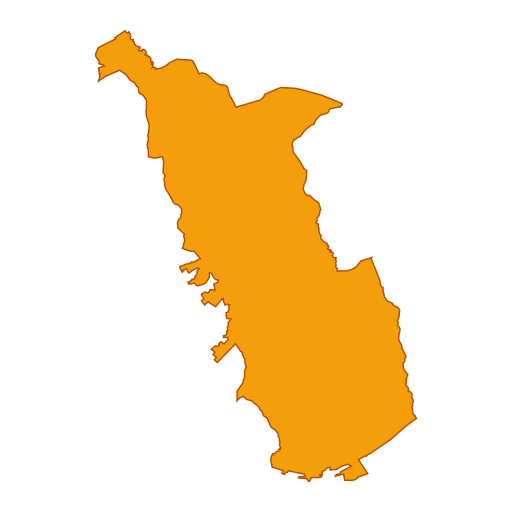 the district of Bulzesti, Dolj, Romania
{"feature_id": "2599482B75333597382739", "entity_name": "Bulzesti", "entity_type": "district", "adm_level": 2, "iso_a3": "ROU", "parent_name": "Romania", "parent_adm1": "Dolj", "projection": "natural_earth1", "projection_center": [23.863, 44.579], "detail": "fine", "context": "isolated", "style": "filled", "palette": "amber", "viewbox_px": 512, "rotation_deg": 0, "n_neighbors": 0, "source": "geoboundaries", "source_scale": "gbopen_adm2", "svg_char_len": 6020}
<svg xmlns="http://www.w3.org/2000/svg" viewBox="0 0 512 512"><path d="M298.6,477.8L306.9,478.7L308.4,481.3L309.3,481.3L310.1,480.5L311.5,477.5L318.7,477.6L321.5,476.8L322.1,475.3L319.9,475.3L319.9,474.9L321.8,474.5L322.3,472.7L321.9,472.2L323.1,471.0L325.1,470.4L325.3,469.4L327.6,467.7L330.3,467.4L330.0,469.2L330.6,470.2L331.6,469.6L335.1,469.7L337.8,468.7L341.1,466.4L347.8,464.3L351.3,466.1L340.6,471.9L340.1,473.6L336.1,474.8L336.0,475.6L334.5,476.4L343.5,474.0L344.8,480.3L352.0,480.4L355.5,479.5L357.3,478.2L358.2,476.9L366.8,474.1L367.7,473.5L358.4,459.6L364.7,456.1L366.3,456.2L367.2,455.0L371.0,453.0L390.1,439.9L406.6,425.5L416.5,418.4L415.6,417.3L415.2,415.8L413.8,414.7L412.8,413.0L412.7,410.7L411.8,407.3L412.7,406.1L412.4,403.1L413.2,402.1L413.1,400.0L411.6,397.5L412.1,394.7L411.8,393.5L410.0,391.6L408.5,391.0L408.1,389.6L408.5,388.3L405.3,384.2L406.3,383.2L406.0,381.6L406.6,381.1L405.7,379.5L406.8,378.8L406.8,376.8L407.9,374.4L404.4,370.7L404.5,370.2L403.2,367.5L403.0,363.3L404.6,361.6L404.8,358.9L406.1,356.7L402.6,349.2L401.6,348.3L401.9,347.1L400.8,343.7L399.2,340.9L398.7,338.2L399.1,335.1L398.8,334.0L399.5,332.9L400.0,329.1L399.2,326.9L397.6,325.4L398.1,322.1L397.4,320.8L399.1,316.3L399.6,309.8L397.6,307.4L394.0,305.7L392.0,303.0L388.6,301.8L386.9,300.3L384.6,297.1L383.1,291.3L383.1,287.7L381.5,286.6L380.5,284.7L379.6,279.7L371.3,259.0L371.8,257.5L361.0,260.9L356.0,267.1L350.4,270.1L344.6,271.0L340.6,270.7L337.2,271.4L337.1,269.2L337.5,268.4L336.3,267.7L335.6,266.5L336.1,265.5L335.7,263.5L336.2,260.9L335.5,259.6L336.2,258.0L335.7,257.5L334.7,258.0L332.5,256.6L332.6,254.3L333.3,253.3L331.8,251.9L330.2,251.7L331.1,250.7L330.5,249.6L329.2,250.0L328.1,249.4L327.7,248.6L328.6,247.7L328.0,246.7L328.7,245.8L327.0,244.8L327.0,243.3L323.8,241.9L320.8,238.4L320.5,237.7L321.1,235.4L320.3,234.9L319.2,232.5L318.6,229.6L319.2,228.9L318.3,226.9L318.1,223.8L316.1,222.9L317.1,220.1L317.1,217.6L318.6,216.4L319.8,212.9L319.8,211.2L320.7,209.6L319.7,205.9L319.0,205.0L319.1,203.5L316.8,201.3L315.5,201.0L310.1,195.7L306.2,194.8L304.5,192.2L303.0,188.6L303.7,186.8L303.8,184.7L305.3,182.1L306.2,178.9L306.8,170.8L304.0,168.6L299.9,161.2L293.0,151.8L292.9,147.2L291.9,144.6L292.7,141.9L294.1,140.0L295.7,139.2L296.0,138.4L300.5,136.2L303.9,131.5L306.3,129.0L310.1,126.0L314.4,123.8L315.4,120.5L319.2,116.2L321.3,114.8L327.9,112.8L330.0,108.9L337.7,107.1L340.2,107.1L342.1,104.7L342.0,103.5L322.0,95.3L302.2,89.8L295.7,88.4L280.8,87.5L264.8,94.3L263.7,97.0L260.8,99.8L236.1,107.2L235.5,106.9L233.8,102.4L229.5,94.9L227.8,88.4L226.6,86.0L224.5,85.1L220.3,84.7L216.4,83.1L208.6,75.6L205.5,73.8L202.1,72.9L199.0,73.7L193.8,62.5L192.6,60.8L191.4,60.2L176.8,59.2L169.3,63.0L165.9,65.8L161.3,68.1L156.0,69.0L155.8,68.2L154.9,68.6L154.6,67.3L152.5,67.5L153.0,67.1L152.8,65.3L151.7,64.2L153.1,64.1L153.4,63.1L152.5,61.7L151.2,62.4L150.7,62.1L150.5,61.2L151.0,60.4L150.4,57.9L149.4,56.7L148.3,56.8L148.0,55.7L146.7,55.6L146.7,54.7L145.0,54.7L146.3,52.7L145.4,50.7L143.8,49.4L142.2,49.4L142.4,50.4L142.0,51.0L139.0,50.7L138.9,49.8L139.8,48.7L139.5,47.7L140.1,47.1L136.3,46.1L135.5,44.9L134.6,44.7L134.3,42.4L132.9,41.5L133.5,40.4L133.3,39.6L130.8,39.4L130.2,38.6L130.7,36.3L130.1,35.3L130.3,34.2L128.9,31.9L128.1,33.1L127.5,33.1L125.7,31.9L125.2,30.7L114.7,37.8L115.7,38.9L98.2,47.7L95.5,54.4L95.8,56.4L99.2,61.4L99.5,62.4L98.9,63.1L99.0,63.8L102.6,64.6L104.2,65.8L98.4,68.2L99.3,71.9L99.2,74.3L100.3,74.2L98.5,81.2L105.4,76.3L119.8,70.2L126.3,75.0L129.9,79.9L134.8,83.0L136.6,86.2L138.3,87.5L138.8,92.1L140.1,93.7L143.3,95.5L146.1,99.8L146.7,101.8L146.3,104.6L146.5,108.8L146.0,110.4L146.4,116.2L149.2,124.8L148.8,130.7L148.4,131.2L148.9,131.9L147.6,135.4L148.4,138.0L148.2,141.1L147.5,141.9L147.8,142.5L147.1,144.6L147.8,146.8L147.3,147.3L148.2,149.6L148.5,156.8L154.7,158.2L162.5,156.6L163.7,162.4L163.0,172.2L165.2,175.9L164.0,178.2L165.2,187.8L171.1,197.9L173.1,202.1L174.7,203.9L178.2,204.8L181.8,209.2L181.6,211.2L182.0,212.8L180.9,214.9L180.9,216.9L178.2,220.6L177.4,223.3L178.0,228.2L184.3,234.0L183.8,235.7L184.7,240.8L183.4,245.0L183.2,247.1L182.2,248.1L187.2,250.3L191.5,251.3L194.3,251.3L200.3,258.7L192.8,262.5L191.7,261.9L189.6,263.4L186.0,264.2L179.9,266.6L179.7,267.5L180.5,269.2L182.4,272.2L183.6,270.9L183.4,270.2L186.6,268.7L188.3,272.5L189.0,273.0L194.7,269.0L197.7,268.3L199.2,268.9L197.2,270.8L197.0,273.9L195.5,276.0L194.3,279.0L192.1,279.2L191.0,280.9L187.9,282.3L188.8,284.0L189.5,283.3L191.0,283.9L194.7,283.1L195.9,285.0L197.6,285.8L204.0,284.0L206.1,282.6L209.2,277.5L209.4,272.9L211.2,273.1L214.1,278.2L216.2,279.9L218.2,279.8L218.0,282.2L213.9,284.1L215.1,290.2L210.3,289.5L209.1,291.8L208.1,292.7L204.6,292.1L201.7,294.1L201.4,294.9L202.8,296.6L203.7,298.9L201.5,300.8L204.7,305.0L208.0,301.8L215.6,306.7L221.7,299.2L223.3,298.5L223.3,300.9L225.1,305.1L227.0,304.2L229.7,305.0L228.8,305.9L229.1,309.3L228.2,310.8L228.2,311.9L226.0,312.7L226.6,315.1L226.0,315.9L227.1,318.7L230.7,318.6L231.0,319.1L228.2,322.6L228.5,325.3L227.3,326.9L227.8,330.6L226.7,331.3L227.0,333.7L225.4,335.4L223.4,335.8L223.5,337.5L227.4,337.4L228.3,339.4L224.1,343.8L221.0,341.7L218.9,343.5L218.8,344.4L219.4,344.8L217.6,346.5L215.6,345.7L211.0,349.5L214.2,351.3L214.9,352.3L213.0,354.6L216.4,357.3L214.4,359.5L214.6,360.1L217.3,362.5L235.5,343.8L240.4,351.2L242.2,352.3L242.5,354.7L245.0,359.7L245.0,362.7L246.2,366.8L244.4,371.6L244.9,374.1L244.5,376.5L244.9,377.5L243.4,379.6L243.1,382.5L237.1,391.2L237.1,400.7L240.0,397.7L243.6,396.4L246.4,399.3L252.4,401.1L253.7,402.9L258.6,406.4L260.0,409.8L261.9,411.3L263.6,415.8L267.1,418.2L271.1,427.2L275.1,429.8L278.1,433.7L278.2,436.5L279.5,438.7L279.3,440.8L279.9,441.8L279.5,444.9L280.6,448.1L278.8,449.4L279.8,449.8L279.1,450.6L277.0,451.5L273.6,454.1L272.6,453.7L272.5,454.3L273.0,454.8L272.1,455.0L271.3,456.4L270.7,459.9L272.2,467.2L283.4,470.6L281.9,473.3L284.3,474.5L285.6,472.4L287.1,472.5L288.5,470.8L304.3,474.2L305.2,475.4L304.9,476.6L303.2,476.4L302.7,477.1L299.1,476.6L298.6,477.8Z" fill="#f59e0b" stroke="#b45309" stroke-width="1.5"/></svg>